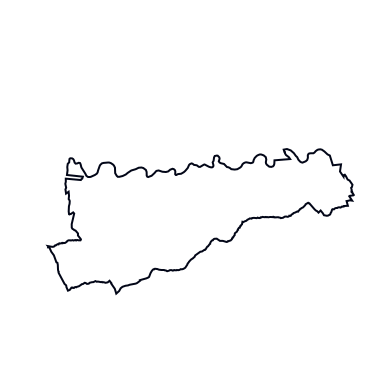 the district of Fartatesti, Vâlcea, Romania, rotated 251°
{"feature_id": "2599482B62213084984165", "entity_name": "Fartatesti", "entity_type": "district", "adm_level": 2, "iso_a3": "ROU", "parent_name": "Romania", "parent_adm1": "Vâlcea", "projection": "equal_earth", "projection_center": [23.968, 44.774], "detail": "fine", "context": "isolated", "style": "outline", "palette": "ink", "viewbox_px": 384, "rotation_deg": 251, "n_neighbors": 0, "source": "geoboundaries", "source_scale": "gbopen_adm2", "svg_char_len": 6023}
<svg xmlns="http://www.w3.org/2000/svg" viewBox="0 0 384 384"><g transform="rotate(251 192 192)"><path d="M146.6,346.1L151.5,344.7L153.1,343.2L156.7,342.7L158.6,342.1L158.6,341.6L158.0,341.5L158.3,341.2L158.2,340.5L157.3,340.2L163.2,338.6L169.6,341.9L171.4,333.9L181.6,334.2L183.4,332.4L187.2,330.4L189.7,328.6L190.6,327.2L191.0,325.3L191.0,324.3L190.4,322.3L189.4,320.6L189.1,319.3L190.2,316.1L190.2,314.7L189.1,313.5L186.6,312.7L184.8,311.4L184.0,309.5L183.8,306.1L184.5,305.0L185.4,304.2L187.9,303.1L190.7,302.8L192.4,301.9L195.5,301.0L199.2,298.9L201.7,295.8L202.2,292.5L199.7,292.4L199.4,292.9L198.4,292.5L196.4,292.9L193.4,294.9L191.2,295.5L195.1,280.3L191.8,279.0L190.5,278.0L189.9,277.0L189.9,275.2L190.8,273.3L193.5,271.6L194.8,271.3L196.1,271.5L198.5,272.8L200.9,273.1L203.3,271.7L204.9,269.7L205.4,268.4L205.4,266.8L205.1,265.0L203.8,262.4L202.1,260.7L200.5,259.7L200.0,258.9L200.1,257.0L202.3,253.2L202.6,252.0L202.4,250.2L201.8,248.8L200.0,246.9L199.4,245.4L198.8,242.3L199.3,239.7L200.8,236.6L202.4,235.6L203.5,234.5L204.2,233.2L208.1,231.4L209.8,228.7L210.9,227.7L212.3,227.3L214.4,228.9L215.9,229.1L218.0,228.1L218.4,227.1L218.6,225.2L217.5,224.1L214.5,222.6L213.3,221.2L210.4,221.0L209.6,220.7L208.8,219.7L208.8,218.8L209.4,217.5L210.3,216.3L213.9,212.9L214.0,212.2L213.1,207.9L213.6,206.6L215.7,205.2L217.0,202.7L218.6,201.7L219.2,200.8L219.0,198.9L218.5,198.0L216.1,195.8L214.1,192.4L213.4,190.7L212.8,187.7L213.5,184.5L213.2,182.7L213.4,182.2L214.3,181.9L216.8,182.9L218.1,183.0L219.6,182.2L220.3,181.1L220.2,178.6L219.2,176.2L219.4,173.8L220.8,170.6L223.2,167.5L223.5,165.5L223.4,164.9L222.1,162.7L220.5,159.1L220.4,155.5L221.0,154.7L222.2,154.5L225.7,155.6L227.8,155.6L230.5,153.8L231.6,152.2L232.3,149.5L231.9,146.2L232.1,141.6L231.0,137.4L230.1,135.1L229.7,131.6L230.0,128.4L230.5,126.8L231.8,126.1L234.8,125.5L240.1,127.1L242.4,126.8L243.6,126.3L245.6,124.8L246.7,123.5L247.2,122.2L248.3,117.8L248.4,116.1L247.5,114.1L246.7,113.2L242.8,110.1L241.2,109.1L240.3,107.9L239.7,105.7L239.3,101.3L239.4,100.3L240.1,98.5L241.7,97.4L244.1,97.1L251.2,95.4L254.5,95.7L255.9,95.5L256.5,94.4L256.4,92.7L256.7,91.2L258.0,90.6L260.4,90.7L261.8,90.4L262.8,89.6L263.4,88.2L263.4,87.4L263.1,86.9L260.0,85.5L259.1,83.7L256.2,82.2L253.0,81.4L248.8,79.3L242.0,93.8L240.4,92.6L240.0,91.3L239.5,90.8L245.7,77.0L242.7,76.0L241.0,74.9L237.0,74.4L235.7,73.2L231.5,72.4L232.4,75.4L228.5,74.5L225.4,73.1L224.0,73.5L223.1,73.4L220.7,72.4L218.6,71.0L213.8,69.1L211.0,68.5L210.7,68.8L210.9,69.7L210.6,70.2L211.4,73.0L210.0,73.6L200.8,67.8L197.4,66.7L196.0,67.0L195.1,67.9L194.2,68.3L193.5,69.3L189.9,70.7L188.0,70.0L183.8,71.5L183.2,71.5L182.6,70.8L183.2,69.1L184.1,67.6L183.9,66.6L184.6,66.0L184.7,64.2L185.3,63.5L185.6,61.6L185.9,61.3L186.5,59.4L186.3,58.2L185.7,57.3L185.2,55.6L185.3,54.7L185.8,53.6L185.6,53.1L186.2,52.6L186.0,51.3L186.7,49.8L185.9,48.8L186.4,48.1L186.2,46.8L185.9,46.2L186.1,45.4L185.8,45.2L185.8,44.6L185.3,43.6L185.6,42.1L187.8,38.1L187.2,38.3L186.5,37.9L186.1,38.9L185.7,39.1L181.3,39.5L177.1,40.8L169.7,40.9L168.9,41.7L166.8,41.4L162.1,40.0L160.6,39.8L159.9,40.0L159.4,39.6L158.8,39.6L146.4,41.6L145.2,42.4L144.3,42.6L143.0,42.3L139.1,42.6L139.2,44.5L140.8,46.9L140.5,47.2L140.5,48.1L140.0,48.3L139.7,49.1L140.1,50.1L140.1,50.9L139.6,51.5L139.8,52.1L139.7,54.4L140.4,57.0L140.7,57.6L140.5,58.9L141.1,61.0L140.6,61.8L139.3,62.8L139.0,64.1L139.0,64.8L139.5,65.6L139.3,67.9L138.9,69.4L139.2,71.7L138.1,72.8L138.0,73.8L136.3,76.8L136.3,77.6L135.6,78.2L135.5,79.1L134.3,80.7L134.0,82.9L134.9,85.1L132.0,86.1L131.7,85.8L125.6,87.5L120.6,87.3L122.1,90.9L124.2,93.2L125.0,95.4L125.0,98.6L124.5,101.2L124.6,102.8L123.7,109.0L123.8,110.4L125.0,114.1L125.6,114.1L125.2,120.8L125.4,122.9L125.7,123.8L128.7,126.3L130.3,128.1L131.3,129.7L131.5,130.6L131.2,131.0L131.5,131.8L131.3,132.4L130.4,134.2L129.3,135.5L128.1,137.9L127.4,140.1L126.6,141.0L126.4,141.7L125.2,142.7L125.1,144.6L125.3,145.6L124.9,147.0L123.9,148.3L124.1,148.9L123.8,149.4L123.9,150.0L123.1,151.4L123.2,152.3L122.6,153.4L122.4,154.8L122.7,156.3L122.2,157.2L122.1,158.9L122.6,161.0L124.9,164.0L125.7,164.5L126.5,165.9L127.0,166.4L128.4,169.0L129.1,171.7L129.4,172.0L129.8,173.3L131.0,174.4L132.8,180.4L132.5,182.1L133.2,184.7L133.0,185.3L133.4,185.7L133.4,186.3L134.9,188.0L135.4,188.8L135.4,189.4L136.9,191.6L137.1,192.3L137.7,192.5L138.9,193.7L139.7,195.3L139.6,196.1L140.0,196.4L140.4,197.4L140.4,198.2L139.8,200.2L136.7,202.5L135.7,205.3L133.5,208.4L133.4,209.0L133.8,209.8L133.5,210.5L133.7,210.8L133.6,212.7L134.4,214.4L135.1,214.7L135.4,215.6L135.8,215.8L135.7,216.2L136.6,217.1L137.3,218.3L138.4,218.7L139.1,219.3L139.9,221.6L141.0,222.6L141.2,223.2L141.7,223.2L142.7,224.5L142.9,224.8L142.7,225.5L144.2,226.7L144.1,227.1L144.8,227.8L145.1,228.7L147.4,230.0L146.8,230.7L147.1,232.1L147.1,234.0L147.8,235.5L147.8,236.4L148.2,238.1L147.4,239.7L147.8,240.3L147.4,242.1L146.2,244.7L146.4,245.8L145.9,246.2L145.3,247.6L145.5,248.1L145.3,248.5L145.7,249.0L145.4,249.8L145.5,250.6L144.6,252.2L144.5,253.3L144.0,253.8L144.0,254.7L143.3,255.7L142.9,257.9L141.9,260.3L142.1,260.7L141.3,261.4L141.4,261.8L140.9,262.4L140.1,265.3L139.5,266.0L139.2,266.8L138.4,267.4L138.0,269.7L138.5,271.6L138.2,273.0L137.5,274.1L137.3,274.8L137.5,276.0L137.9,276.3L137.3,277.5L138.2,278.7L138.5,280.3L139.0,281.1L139.0,283.2L139.3,284.6L138.9,286.0L139.5,286.4L139.8,287.5L140.6,288.4L140.7,289.3L141.1,290.2L141.3,292.0L142.7,294.8L143.4,295.4L144.0,298.3L142.7,299.2L142.8,299.4L135.6,302.3L134.0,303.2L133.1,304.1L131.3,304.9L132.6,307.6L129.3,308.8L127.1,309.2L125.6,311.8L125.4,313.1L125.8,315.3L127.3,316.6L127.8,317.3L129.6,318.6L130.0,319.2L129.4,320.5L129.9,321.5L130.0,322.8L129.6,324.1L129.8,324.7L129.7,326.0L128.9,327.5L129.4,328.9L129.0,329.8L129.3,330.5L128.9,330.9L129.2,331.4L128.2,334.9L133.1,335.2L132.8,337.1L132.8,338.4L131.7,340.6L136.8,339.3L137.0,340.0L136.3,343.5L136.5,344.0L139.6,343.3L139.6,343.5L140.0,343.5L139.9,342.9L140.2,342.8L142.2,343.7L144.1,343.8L144.6,344.8L146.6,346.1Z" fill="none" stroke="#020617" stroke-width="2"/></g></svg>